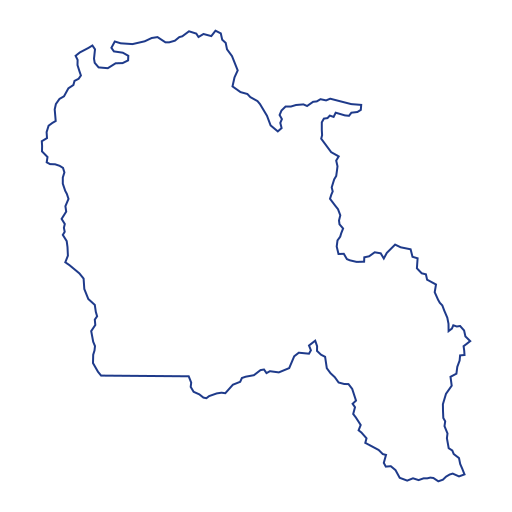 the district of Pantano Grande, Rio Grande do Sul, Brazil
{"feature_id": "56859067B18096093971388", "entity_name": "Pantano Grande", "entity_type": "district", "adm_level": 2, "iso_a3": "BRA", "parent_name": "Brazil", "parent_adm1": "Rio Grande do Sul", "projection": "albers", "projection_center": [-52.342, -30.265], "detail": "fine", "context": "isolated", "style": "outline", "palette": "blue", "viewbox_px": 512, "rotation_deg": 0, "n_neighbors": 0, "source": "geoboundaries", "source_scale": "gbopen_adm2", "svg_char_len": 3555}
<svg xmlns="http://www.w3.org/2000/svg" viewBox="0 0 512 512"><path d="M460.1,326.0L456.8,326.5L453.3,325.3L451.9,328.6L448.6,331.1L448.5,323.8L447.3,317.7L444.3,310.7L442.3,305.4L439.8,302.8L438.0,299.6L434.7,292.2L436.0,284.5L427.1,279.7L425.9,274.3L421.7,273.3L416.9,268.3L417.6,258.3L412.5,256.8L410.6,249.3L400.7,247.3L395.1,244.6L386.8,252.9L383.8,258.5L380.7,253.3L374.7,252.3L369.1,256.3L364.3,257.3L364.1,261.7L356.6,261.9L349.8,260.3L346.9,259.1L343.8,253.8L338.5,254.0L336.7,246.5L337.5,240.4L340.2,236.7L341.2,233.3L343.1,228.5L339.5,224.3L339.0,220.5L340.3,215.3L338.0,209.2L335.0,205.4L330.0,198.8L331.3,194.7L332.7,191.4L331.7,187.4L334.2,179.3L336.2,176.0L337.0,170.3L337.5,166.3L336.2,160.6L338.7,156.4L331.2,152.2L321.2,138.7L322.1,135.2L321.8,130.0L321.8,122.3L323.9,118.6L327.5,118.1L329.8,115.6L333.6,116.9L335.7,112.7L340.5,114.1L344.9,115.4L349.0,115.8L351.4,112.7L357.4,112.0L360.8,109.9L361.2,104.9L351.2,104.1L330.2,98.7L326.1,100.4L320.5,99.2L316.8,101.4L313.1,101.8L307.1,106.0L303.4,104.4L296.0,105.0L291.0,106.5L285.6,106.5L281.5,110.5L279.6,115.0L281.9,119.1L280.3,122.9L281.6,128.1L277.8,131.4L270.6,125.4L267.0,115.8L260.0,104.1L257.5,101.1L250.3,97.1L247.4,94.0L240.5,92.1L232.5,86.4L234.5,77.4L237.7,70.4L232.0,56.1L227.0,49.3L225.7,42.9L222.2,39.7L220.8,33.4L215.5,30.7L211.3,36.1L203.5,34.0L198.5,37.0L196.3,33.6L189.0,31.3L182.3,36.3L179.3,37.1L174.9,40.7L169.3,42.3L165.4,42.3L157.5,37.1L151.7,38.0L144.7,41.3L132.5,44.1L120.7,43.3L114.8,41.5L111.4,47.8L113.9,51.4L122.8,52.7L128.3,55.8L128.1,60.4L122.6,63.1L115.6,63.3L107.8,68.2L98.6,67.4L94.7,62.8L94.0,58.7L95.0,49.3L92.4,45.5L88.5,47.9L79.9,52.4L75.6,55.8L77.6,59.9L77.5,65.1L79.5,71.4L80.9,75.5L78.6,78.8L74.5,80.9L73.4,85.0L68.4,88.3L64.0,96.3L59.5,98.9L55.9,104.0L54.7,109.4L55.7,121.0L52.4,122.9L48.6,125.7L46.6,132.1L47.0,138.1L41.8,141.2L42.1,146.0L42.0,151.4L47.5,157.0L46.7,162.3L50.0,164.1L55.1,164.3L59.6,165.8L63.0,167.9L64.4,172.4L62.8,177.5L62.8,183.7L65.2,190.8L66.9,194.0L68.5,198.9L65.4,206.2L66.2,211.6L61.6,218.9L64.8,224.0L63.9,227.8L64.7,231.8L62.8,234.9L66.7,241.1L67.5,247.1L67.9,255.7L65.3,262.3L69.4,265.1L79.4,273.4L83.6,278.6L84.3,289.0L88.3,299.0L94.8,304.9L95.8,311.8L97.1,316.3L94.8,319.6L95.3,325.0L91.2,331.1L93.2,341.8L95.0,346.1L94.5,350.5L93.2,354.7L93.0,363.1L98.0,371.8L101.1,375.6L188.7,376.3L191.2,382.6L190.7,386.9L193.6,391.8L199.4,394.4L203.4,397.6L206.4,398.2L209.1,396.1L216.8,393.4L221.5,392.7L225.3,393.2L232.9,384.7L240.2,381.8L241.9,378.0L245.7,376.7L253.9,375.2L260.5,370.1L264.0,369.5L266.5,373.1L269.9,371.2L278.8,372.4L289.2,368.1L294.2,356.3L298.8,352.7L309.0,353.7L310.9,350.3L309.0,345.5L315.2,340.7L317.1,346.2L317.0,350.9L321.0,354.7L325.1,356.8L326.8,368.2L330.5,373.2L334.8,377.2L338.6,382.5L344.2,384.0L348.5,384.1L352.2,388.9L356.0,400.6L352.6,403.8L355.0,407.2L353.2,414.0L355.8,417.4L360.7,425.0L358.6,430.3L361.4,432.5L366.5,438.3L365.3,442.9L374.4,447.7L378.7,450.0L382.8,454.1L386.0,454.9L383.8,462.9L385.8,466.6L390.8,466.2L395.5,470.1L399.7,477.8L407.2,480.6L413.0,478.3L418.6,480.1L423.7,478.3L427.4,478.3L430.3,477.6L433.4,478.0L438.3,481.3L442.9,479.7L446.1,476.6L449.7,474.5L452.7,473.6L459.0,476.4L464.5,474.4L462.2,468.6L460.2,464.0L459.0,458.1L453.7,454.0L452.3,450.5L448.7,448.2L446.9,438.2L447.5,433.5L444.5,426.1L445.2,421.3L443.3,418.0L443.0,410.8L442.9,404.2L446.0,393.8L451.7,385.7L450.5,376.8L456.4,373.7L457.3,366.8L459.6,360.6L460.1,355.4L464.5,355.0L464.2,350.6L463.6,346.2L470.2,341.1L465.4,336.4L464.1,330.5L460.1,326.0Z" fill="none" stroke="#1e3a8a" stroke-width="2"/></svg>